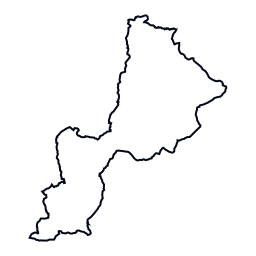 the district of Azogues, Cañar, Ecuador
{"feature_id": "8360857B88575915979484", "entity_name": "Azogues", "entity_type": "district", "adm_level": 2, "iso_a3": "ECU", "parent_name": "Ecuador", "parent_adm1": "Cañar", "projection": "mercator", "projection_center": [-78.782, -2.632], "detail": "fine", "context": "isolated", "style": "outline", "palette": "ink", "viewbox_px": 256, "rotation_deg": 0, "n_neighbors": 0, "source": "geoboundaries", "source_scale": "gbopen_adm2", "svg_char_len": 5746}
<svg xmlns="http://www.w3.org/2000/svg" viewBox="0 0 256 256"><path d="M128.0,23.3L128.0,23.9L128.1,23.7L128.3,24.1L129.3,24.6L130.5,25.8L129.6,27.2L128.5,27.8L128.4,31.3L127.9,34.1L127.2,35.8L126.0,37.8L126.0,38.5L127.0,41.7L127.0,44.4L127.7,45.2L127.9,45.9L127.5,47.4L127.8,47.3L128.3,48.3L128.2,50.7L127.3,52.8L127.4,54.3L128.3,54.5L129.3,55.4L129.6,56.0L129.8,57.2L125.5,62.7L125.5,63.5L126.3,65.7L125.3,67.5L125.1,68.6L125.2,71.7L121.3,72.9L120.4,74.4L119.6,79.6L119.7,80.9L120.3,82.0L118.4,83.6L117.9,84.5L118.2,85.2L118.2,86.5L117.8,87.5L118.6,90.3L117.5,92.8L118.2,93.5L118.8,94.9L119.0,96.8L118.6,99.4L117.6,101.0L117.3,102.0L118.5,102.2L118.0,103.3L118.3,104.8L113.4,111.7L111.9,112.7L110.8,114.7L110.4,114.7L109.8,117.5L108.9,120.2L109.0,121.8L109.5,122.1L109.2,123.0L111.1,123.2L110.3,125.2L110.5,126.8L109.8,127.5L109.7,129.3L110.6,129.8L110.6,131.2L107.0,131.7L106.0,132.8L104.0,133.7L102.8,135.0L100.0,136.2L99.5,138.1L97.7,139.6L96.3,138.6L95.0,138.5L94.3,137.7L92.7,137.4L90.8,137.4L87.5,136.5L86.3,136.6L85.5,136.2L84.9,137.0L84.3,137.2L82.5,137.2L80.6,136.7L79.5,135.8L78.5,135.7L77.8,135.3L76.9,133.9L76.9,133.2L77.1,132.2L78.7,130.5L78.7,129.8L78.1,128.9L77.0,128.3L76.2,128.4L74.6,128.1L73.5,130.1L69.7,127.1L66.7,128.4L61.6,131.6L60.6,132.4L59.2,134.2L57.1,136.4L56.9,136.8L57.2,137.2L56.4,138.2L56.1,139.8L56.3,141.6L56.2,142.5L56.3,142.8L57.4,143.2L57.3,144.3L56.6,146.4L56.6,147.3L57.0,150.0L57.6,150.9L57.4,152.6L57.9,154.1L56.9,156.9L56.8,158.1L58.2,159.7L58.5,160.6L58.4,162.5L58.6,163.4L59.4,164.7L59.6,166.3L60.0,166.8L59.7,167.5L60.0,168.4L60.0,170.0L60.3,170.2L60.7,171.3L61.2,171.4L61.3,171.8L61.3,173.4L60.9,174.3L61.0,175.7L61.6,177.3L61.6,178.6L61.8,179.0L62.8,178.9L63.9,179.1L64.8,182.9L64.0,183.1L63.4,181.5L62.0,181.9L60.6,182.5L59.8,183.3L59.4,183.1L58.8,183.4L58.2,185.5L57.0,185.7L56.4,186.3L55.7,186.2L55.1,186.3L54.4,187.0L53.9,187.1L51.8,184.6L51.0,186.4L49.0,188.0L48.2,188.5L47.0,188.6L45.1,189.8L44.4,190.5L42.2,191.6L43.0,192.6L43.7,193.0L43.9,193.9L44.5,194.5L46.2,195.0L46.4,197.5L44.0,198.8L43.8,199.9L43.2,201.3L44.2,204.3L44.7,204.6L45.4,206.2L45.8,209.6L46.0,210.5L46.3,210.5L46.6,211.3L46.5,212.0L47.5,213.1L48.2,213.4L48.0,213.6L48.3,213.9L48.1,214.3L48.6,215.0L48.6,216.0L48.2,216.9L48.3,217.8L45.1,218.6L40.8,218.5L39.5,221.0L37.6,222.3L36.8,225.4L37.2,226.7L36.9,227.3L37.3,227.7L37.4,229.4L37.2,230.5L37.9,231.5L37.7,232.6L38.1,232.7L38.2,233.1L37.8,233.4L37.0,232.8L34.8,232.5L32.0,233.8L30.7,235.4L29.7,237.8L35.0,238.8L36.3,239.9L38.0,240.0L38.6,240.5L39.4,240.6L40.2,240.4L45.6,240.6L47.3,240.5L49.5,239.6L54.1,239.6L55.8,236.2L59.2,233.8L58.6,231.9L58.8,231.1L59.0,231.0L61.3,231.4L62.0,232.8L62.9,233.1L65.9,233.4L67.6,232.5L68.6,232.7L69.8,233.3L71.4,233.6L72.5,233.5L73.2,233.1L75.4,232.9L75.9,232.6L76.5,231.8L76.4,231.4L77.2,230.6L78.8,230.5L80.9,231.4L83.7,231.9L86.9,233.8L87.8,235.0L89.7,234.4L90.8,233.1L89.9,230.3L88.5,229.4L88.2,227.6L87.4,225.8L87.9,224.6L87.6,223.9L88.1,224.0L87.7,223.6L87.9,223.0L87.8,222.6L88.0,222.3L87.4,221.2L87.6,219.9L87.8,219.5L89.3,218.2L90.8,217.2L93.7,214.0L97.7,208.9L98.7,207.0L100.0,205.4L100.5,204.4L100.6,202.7L101.2,200.9L101.9,199.3L102.7,198.5L102.2,194.8L102.5,193.1L102.4,192.0L102.8,191.0L103.6,190.6L104.2,189.6L103.6,188.5L103.9,187.7L104.0,184.5L102.6,182.3L102.0,180.1L100.7,177.6L100.5,177.9L100.7,177.4L100.5,176.9L100.6,176.3L99.4,176.0L99.5,174.7L100.1,174.1L99.8,173.5L100.8,173.1L102.7,171.4L103.6,169.9L104.1,168.3L105.3,167.9L106.5,166.2L107.6,165.7L107.8,165.1L107.7,164.3L110.1,159.1L112.3,158.5L112.8,157.9L113.5,155.0L114.0,154.6L114.2,153.9L115.5,152.9L116.6,150.8L119.0,150.6L128.2,151.9L129.6,152.8L131.3,154.5L134.6,158.7L135.9,159.7L137.4,160.5L140.2,159.8L141.9,160.1L143.1,159.3L144.6,159.5L145.0,159.9L145.9,160.1L147.1,159.7L148.0,159.7L149.4,158.8L151.6,158.4L152.2,156.8L153.4,156.2L154.0,155.5L154.7,154.2L155.9,153.4L156.4,153.2L159.3,154.0L160.7,150.2L161.5,149.6L162.0,148.6L162.9,147.9L163.6,147.9L164.9,149.2L169.4,151.9L171.8,152.6L173.5,152.3L174.3,151.1L174.3,148.8L176.3,145.3L176.7,143.5L177.5,142.0L177.5,140.3L179.4,140.6L182.5,139.1L184.2,138.9L185.1,138.1L187.4,137.1L189.7,137.0L200.3,126.6L200.3,125.1L198.9,123.8L198.5,122.5L197.3,120.5L196.7,117.2L195.7,114.6L196.4,111.3L197.0,109.6L197.0,108.2L197.3,107.4L197.6,107.2L199.5,106.8L199.5,106.0L200.1,105.3L203.5,104.5L208.1,102.5L209.6,101.5L212.4,100.0L214.4,98.1L216.8,97.3L220.3,96.6L222.1,95.1L222.4,94.3L225.3,91.5L225.4,89.7L226.3,88.0L226.0,86.4L225.0,86.3L222.8,85.2L222.8,83.4L221.6,81.6L220.3,81.0L219.0,80.7L217.8,81.1L215.8,81.1L212.7,79.8L210.4,78.5L208.9,77.2L206.9,73.1L205.2,70.9L202.6,69.4L201.8,67.8L200.5,66.3L194.4,61.3L193.7,60.4L193.4,59.5L193.5,58.4L192.5,58.2L191.3,58.3L191.2,58.6L189.2,59.4L188.7,59.5L188.1,59.4L185.5,57.7L184.6,55.6L183.7,54.6L182.7,54.0L181.4,53.8L180.1,52.6L178.8,49.5L178.9,47.4L179.2,46.2L179.2,43.0L176.2,43.5L174.6,44.4L174.4,44.3L172.7,40.0L171.8,38.8L172.7,36.2L172.6,35.7L173.1,34.6L174.2,32.6L175.3,31.8L176.3,29.5L175.5,29.6L175.0,29.0L173.6,28.4L172.9,29.0L172.3,29.2L172.1,28.9L171.1,28.9L170.6,29.4L170.0,29.2L169.5,29.7L168.1,28.4L167.2,28.8L167.2,28.3L166.7,28.2L165.5,28.9L165.0,28.8L164.7,29.2L163.9,28.4L163.2,28.6L161.9,28.3L160.7,27.4L159.8,27.7L158.8,27.6L158.6,27.1L158.3,27.0L156.9,28.0L154.9,27.4L155.0,26.8L153.2,25.3L152.7,25.5L150.7,25.2L149.5,24.6L147.6,22.9L146.4,22.8L145.5,22.2L144.2,22.2L144.5,21.6L147.3,20.0L147.9,19.0L147.8,17.9L147.4,16.5L146.5,15.6L145.8,15.4L145.2,15.4L142.6,16.4L140.3,17.0L138.2,16.4L137.6,16.4L136.6,17.0L136.4,17.5L135.9,17.7L135.6,17.4L134.7,19.1L134.6,19.9L133.9,20.3L131.4,19.5L130.3,19.7L129.8,19.5L129.3,19.8L128.5,19.9L128.2,20.3L128.7,21.0L128.7,22.4L128.0,23.3Z" fill="none" stroke="#020617" stroke-width="2"/></svg>